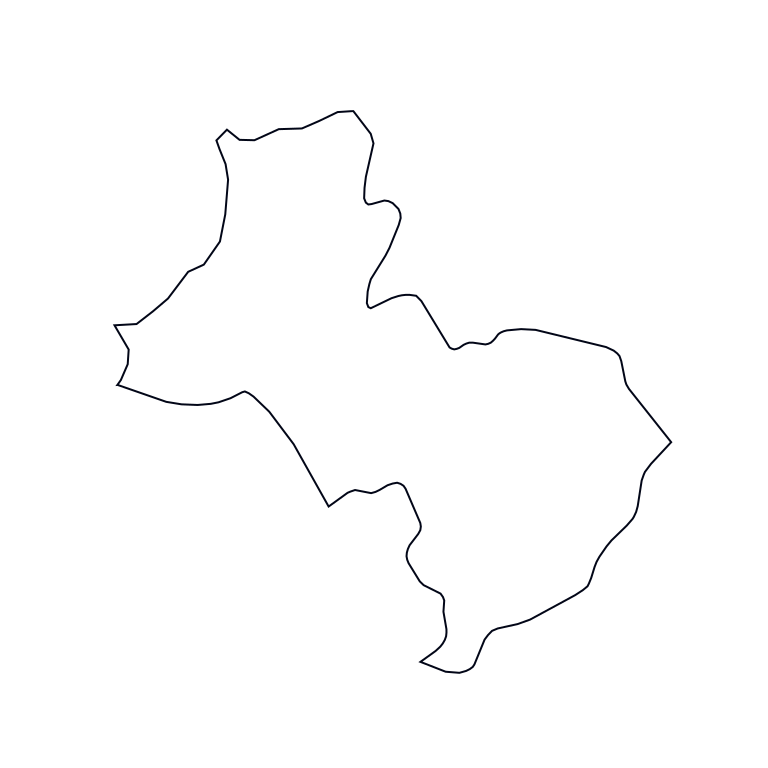 map outline of Mahdia (Equal Earth projection), rotated 221°
{"feature_id": "TUN-116", "entity_name": "Mahdia", "entity_type": "Governorate", "adm_level": 1, "iso_a3": "TUN", "parent_name": "Tunisia", "parent_adm1": "", "projection": "equal_earth", "projection_center": [10.61, 35.335], "detail": "fine", "context": "isolated", "style": "outline", "palette": "ink", "viewbox_px": 768, "rotation_deg": 221, "n_neighbors": 0, "source": "natural_earth", "source_scale": "10m", "svg_char_len": 2179}
<svg xmlns="http://www.w3.org/2000/svg" viewBox="0 0 768 768"><g transform="rotate(221 384 384)"><path d="M584.6,208.4L585.2,214.4L590.4,230.8L599.3,242.5L625.9,251.5L610.1,266.9L606.0,287.6L603.1,306.8L605.4,340.2L598.3,355.9L601.3,383.9L615.1,407.9L635.7,435.9L647.8,446.0L662.3,453.4L670.3,457.9L669.4,472.9L653.2,473.5L641.7,483.0L630.6,507.3L613.6,523.0L605.4,540.2L597.4,558.8L586.3,569.8L585.5,569.7L558.1,564.1L549.8,558.7L533.6,528.5L527.4,519.3L520.8,511.1L516.7,509.0L513.6,509.2L511.4,511.7L504.1,522.7L500.7,524.9L496.1,526.2L487.9,525.6L483.5,523.3L480.3,520.2L477.2,513.7L469.2,490.4L467.1,481.8L462.7,454.5L460.6,449.8L457.0,443.1L450.0,433.8L446.3,431.8L443.7,432.5L434.6,453.7L430.9,459.8L428.7,462.7L426.1,465.5L423.4,467.9L417.6,471.7L410.2,471.1L358.5,454.6L356.1,455.1L353.7,456.2L352.2,458.2L350.9,460.6L349.6,465.8L348.4,468.5L346.8,471.1L344.2,473.4L333.4,480.4L331.7,482.7L330.5,485.3L330.1,488.2L330.0,491.1L330.4,496.3L330.1,498.0L329.5,499.8L328.3,502.3L326.4,505.1L316.5,515.4L305.1,524.3L240.6,557.6L232.5,559.9L228.0,560.1L224.6,559.6L219.9,556.9L203.6,544.3L200.7,542.6L195.9,541.0L129.1,528.5L130.1,499.0L129.4,488.9L128.5,486.0L126.2,480.2L112.4,458.3L109.8,452.9L108.3,447.7L107.9,445.3L107.9,443.7L107.9,436.4L109.7,415.2L109.5,407.5L108.1,395.0L106.9,389.3L105.1,384.2L100.4,373.6L98.4,367.7L97.7,364.9L98.7,358.9L101.2,350.1L119.2,302.0L125.7,290.4L137.8,274.1L140.5,268.6L140.8,262.9L140.4,257.1L131.8,231.7L131.4,228.7L132.2,225.1L133.8,221.3L137.6,215.5L148.7,207.3L174.2,198.2L169.9,216.4L169.2,222.7L169.4,226.7L170.2,230.7L171.6,234.3L173.7,237.3L176.0,239.9L189.7,251.1L196.5,260.1L199.7,261.9L203.8,262.9L222.1,258.2L227.5,258.5L247.9,264.9L251.2,266.6L254.0,268.8L256.1,271.7L257.7,275.1L258.9,279.1L259.8,293.3L260.7,297.5L262.7,300.6L265.4,302.9L299.0,319.1L302.5,320.0L306.0,319.5L309.3,318.1L312.2,314.5L314.9,309.9L317.8,301.2L319.6,297.0L322.1,293.2L336.3,285.0L338.8,280.7L340.1,278.0L345.4,255.2L412.7,279.3L452.4,287.8L474.2,288.9L480.0,288.3L484.1,287.1L485.6,284.8L490.5,272.6L496.9,261.6L501.7,255.4L510.9,245.9L523.5,235.8L536.6,227.7L584.5,208.5L584.6,208.4Z" fill="none" stroke="#020617" stroke-width="2"/></g></svg>